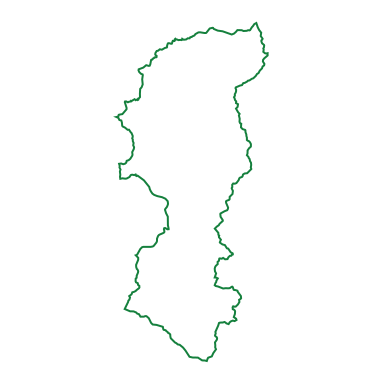 Mae On, Chiang Mai, Thailand (Albers equal-area conic projection)
{"feature_id": "78962969B29655257456650", "entity_name": "Mae On", "entity_type": "district", "adm_level": 2, "iso_a3": "THA", "parent_name": "Thailand", "parent_adm1": "Chiang Mai", "projection": "albers", "projection_center": [99.293, 18.727], "detail": "fine", "context": "isolated", "style": "outline", "palette": "green", "viewbox_px": 384, "rotation_deg": 0, "n_neighbors": 0, "source": "geoboundaries", "source_scale": "gbopen_adm2", "svg_char_len": 5981}
<svg xmlns="http://www.w3.org/2000/svg" viewBox="0 0 384 384"><path d="M124.7,309.0L130.1,311.3L133.6,311.4L136.2,312.5L137.2,313.6L139.0,314.2L140.5,316.7L143.8,316.7L145.2,316.1L146.5,316.2L148.8,318.2L151.1,322.9L152.7,324.5L156.5,324.9L162.8,326.8L163.4,329.5L163.9,329.9L165.6,330.2L166.4,331.2L167.6,332.0L168.1,332.9L169.2,333.4L170.2,334.4L170.4,336.8L170.8,338.3L175.0,342.5L176.4,343.2L177.7,344.4L179.7,344.8L183.0,347.5L185.5,350.6L189.5,356.8L192.6,357.5L197.9,357.6L202.2,360.4L204.8,360.5L206.8,361.0L207.7,358.5L208.2,357.7L211.8,356.4L213.3,353.1L216.0,349.3L215.2,347.4L215.3,345.3L215.0,342.4L216.9,339.6L217.1,338.2L216.8,337.3L215.2,336.0L215.0,335.3L215.7,333.5L215.4,331.9L218.2,325.6L219.0,323.0L220.0,322.6L222.8,322.5L224.5,322.0L225.6,322.6L226.4,323.4L228.6,324.1L229.7,322.3L231.0,321.3L232.8,320.6L234.6,321.1L236.5,320.0L236.1,318.7L233.8,317.1L234.9,314.0L235.1,311.4L234.8,310.5L233.9,309.6L232.8,309.2L232.6,307.3L233.2,306.3L234.5,306.7L235.7,306.6L237.9,304.5L239.4,302.0L239.1,299.8L240.7,298.8L241.1,298.2L240.9,296.1L240.5,295.5L237.9,292.0L237.4,290.7L235.6,290.1L234.1,290.0L233.6,289.6L232.8,287.2L232.4,286.7L231.6,286.8L230.4,287.8L229.0,288.3L225.6,288.2L223.1,288.5L218.0,286.5L215.7,286.0L214.7,285.2L215.5,283.0L216.2,282.0L216.4,280.7L217.8,278.4L216.2,277.6L214.7,277.5L216.1,273.4L215.0,271.4L214.7,268.7L215.1,267.1L215.8,265.9L217.7,264.1L217.6,261.9L218.9,260.8L219.3,258.6L219.8,258.4L221.8,258.7L223.1,257.9L225.1,259.3L227.5,259.1L228.3,257.4L229.8,255.9L231.3,255.7L231.8,254.8L232.8,254.5L232.9,254.1L232.6,253.3L230.7,252.3L228.2,248.6L226.9,248.3L224.9,245.1L222.4,244.4L219.9,242.6L219.8,242.3L220.9,239.7L219.0,237.3L218.9,236.4L219.2,235.6L218.4,234.8L218.3,232.8L214.8,228.6L216.8,226.6L218.8,225.2L219.6,223.8L222.8,220.9L222.8,220.2L220.6,216.8L220.3,214.0L220.5,213.5L224.6,211.2L227.2,210.2L227.9,208.9L228.1,207.6L226.1,202.8L226.0,201.5L226.4,200.9L229.2,199.8L229.6,199.2L229.7,196.8L232.5,194.0L232.9,190.9L231.7,188.4L231.8,187.8L232.3,187.1L232.2,184.8L233.2,183.5L234.8,183.7L236.4,183.1L238.6,180.2L239.3,178.3L240.1,177.6L241.9,177.0L242.5,176.4L243.0,174.6L243.3,174.3L244.6,173.5L247.2,173.2L251.3,169.0L250.8,167.3L251.2,165.0L251.0,162.8L250.0,161.0L249.6,159.0L248.7,157.9L248.5,157.0L246.9,155.2L247.5,153.6L247.6,150.4L249.1,148.2L250.7,146.8L250.9,146.3L250.9,144.1L250.0,142.3L248.7,141.0L247.7,140.7L246.9,140.0L246.9,137.6L246.4,136.0L246.3,134.4L245.5,132.2L245.4,130.3L245.1,129.9L242.6,129.1L241.0,127.4L241.2,123.7L240.2,123.3L239.5,121.8L239.7,118.7L238.9,115.4L239.6,113.9L238.1,112.2L236.0,108.6L237.6,106.9L238.0,104.2L236.0,103.1L236.2,101.4L235.0,100.0L234.6,98.3L234.0,97.2L234.9,95.7L234.8,94.2L235.7,92.6L236.1,91.1L236.1,89.6L235.5,88.1L235.8,87.4L239.9,85.6L242.0,85.1L243.3,83.1L244.7,82.9L247.2,81.5L247.9,80.7L249.5,80.4L251.8,78.8L253.3,78.3L255.8,75.9L257.0,74.0L258.5,73.1L259.8,70.6L262.0,68.4L262.6,66.5L264.1,65.4L264.4,63.9L262.9,61.5L263.1,59.8L264.3,58.3L267.6,55.5L267.6,53.2L266.2,53.5L264.9,53.2L263.3,51.8L263.7,49.7L263.3,48.4L263.9,47.5L264.2,45.5L264.0,44.9L262.1,43.3L261.4,41.5L261.4,40.4L262.3,39.5L262.6,38.7L260.7,36.0L261.2,32.7L259.2,30.1L257.8,27.4L256.3,23.0L254.3,24.1L252.8,26.3L251.9,27.2L250.1,30.1L249.5,30.4L248.1,30.2L246.8,30.8L243.5,31.0L241.7,30.2L237.4,30.1L236.0,31.8L234.0,33.6L231.7,34.5L222.6,31.3L217.7,30.6L213.7,28.9L213.1,27.9L212.5,27.8L209.7,28.5L206.3,32.8L205.8,33.0L204.4,33.0L200.1,32.3L198.4,32.4L195.4,34.1L194.4,35.5L192.3,36.4L191.7,37.0L190.3,37.2L189.6,38.3L187.7,38.3L186.3,39.4L184.4,39.7L183.5,39.7L182.2,38.8L181.8,40.0L181.5,40.1L180.6,39.9L178.3,40.1L177.4,39.6L176.3,39.5L175.4,38.7L174.8,39.3L174.9,40.4L174.5,41.0L173.9,41.1L173.2,40.7L172.8,40.8L172.4,41.8L171.9,43.6L171.1,43.8L169.7,43.3L168.2,43.2L167.6,44.0L167.0,46.1L167.1,47.0L166.8,47.5L165.0,47.9L161.9,49.7L159.8,49.3L158.1,50.7L156.7,51.0L155.5,52.9L155.2,54.2L155.6,55.1L156.6,55.8L156.6,57.0L156.2,57.3L154.5,57.4L154.1,58.0L153.3,58.3L152.3,59.6L151.6,59.6L151.1,60.0L150.3,64.3L149.7,65.7L148.8,65.9L146.2,65.2L143.3,67.6L138.7,69.3L138.5,70.3L139.2,72.0L141.0,73.8L142.6,74.4L142.8,75.1L142.2,79.3L142.7,84.4L141.6,87.3L140.2,88.9L139.9,93.7L140.0,97.1L138.8,98.4L138.4,99.4L137.9,99.0L137.4,99.8L137.1,99.5L135.7,100.2L134.6,99.2L131.6,101.0L131.1,100.9L131.1,101.4L129.2,101.7L127.9,102.3L126.1,101.4L125.0,101.5L124.8,102.1L126.6,108.0L126.5,109.3L122.4,114.1L119.0,114.7L118.7,114.9L118.5,116.0L117.4,116.8L116.4,117.0L118.4,117.9L119.4,120.0L121.3,120.5L121.9,122.5L122.2,125.8L122.7,126.5L125.0,127.6L127.6,129.8L129.0,129.7L130.8,132.4L131.5,133.0L132.7,135.9L132.7,137.0L132.2,138.3L132.8,139.5L132.8,141.1L133.6,143.0L133.2,145.3L134.1,147.2L133.8,149.0L132.2,152.1L132.5,154.5L132.3,155.6L130.3,158.8L128.6,160.2L126.7,160.8L126.2,162.7L125.0,163.7L123.2,164.2L121.1,163.5L119.1,163.8L119.7,165.9L119.5,167.5L120.5,169.5L119.9,171.5L120.3,174.7L120.0,176.8L120.3,178.8L122.4,178.3L125.3,178.7L126.7,178.5L129.5,177.0L130.7,175.2L131.2,174.9L132.2,174.7L134.2,175.1L135.6,174.5L136.1,175.8L136.6,176.0L136.9,175.5L137.7,175.7L143.9,180.3L149.2,186.9L149.9,189.4L150.9,191.4L152.4,193.6L154.2,194.9L157.3,196.1L162.1,197.2L165.4,198.7L167.7,201.2L168.0,203.4L167.9,204.5L167.0,206.8L165.2,209.1L165.0,209.8L166.1,213.3L167.8,216.6L167.9,225.3L168.6,228.5L168.6,229.2L167.4,229.3L165.1,228.0L164.2,228.2L163.9,229.1L164.4,231.4L164.2,232.4L162.9,233.2L159.6,234.6L158.8,235.1L158.0,236.1L157.0,238.7L157.0,241.0L156.5,242.4L153.7,245.9L152.7,246.5L150.5,246.9L143.2,246.9L142.1,247.2L140.3,249.0L137.3,254.4L136.7,255.0L135.8,255.3L138.2,257.8L138.2,259.8L136.1,264.9L136.2,267.0L136.8,268.9L137.5,269.5L138.2,271.2L138.0,272.6L136.7,275.7L136.6,277.8L135.7,278.6L135.6,281.2L136.0,282.3L137.8,283.2L138.0,284.8L139.3,285.8L139.4,287.5L138.9,288.3L136.5,290.1L135.7,291.0L133.9,291.9L132.3,292.3L131.5,294.4L129.2,296.1L130.0,297.5L129.4,299.6L128.4,300.6L128.1,302.0L124.7,309.0Z" fill="none" stroke="#15803d" stroke-width="2"/></svg>